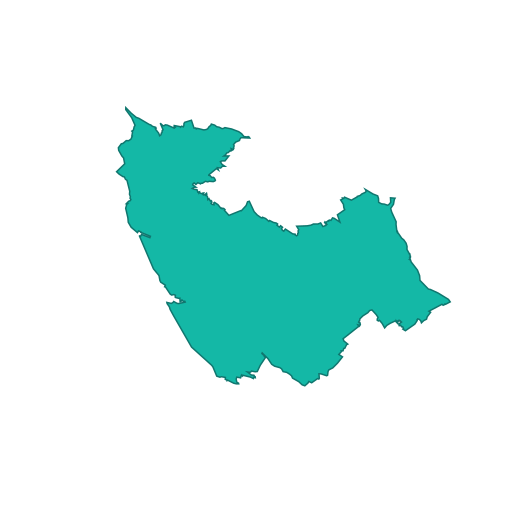 outline of Prunisor, Mehedinti, Romania, rotated 32°
{"feature_id": "2599482B58600020979646", "entity_name": "Prunisor", "entity_type": "district", "adm_level": 2, "iso_a3": "ROU", "parent_name": "Romania", "parent_adm1": "Mehedinti", "projection": "robinson", "projection_center": [22.902, 44.608], "detail": "fine", "context": "isolated", "style": "filled", "palette": "teal", "viewbox_px": 512, "rotation_deg": 32, "n_neighbors": 0, "source": "geoboundaries", "source_scale": "gbopen_adm2", "svg_char_len": 6142}
<svg xmlns="http://www.w3.org/2000/svg" viewBox="0 0 512 512"><g transform="rotate(32 256 256)"><path d="M286.4,378.7L289.6,377.9L290.6,376.7L294.4,375.2L295.3,376.9L296.9,376.6L297.5,377.1L297.8,376.3L304.5,375.7L307.2,374.8L309.1,373.6L308.6,373.1L306.6,373.2L304.4,370.9L303.9,368.9L307.5,367.5L306.9,365.2L307.3,365.1L307.1,364.6L308.2,364.9L308.1,364.1L315.3,361.7L318.7,361.3L318.4,360.2L319.9,359.6L319.2,358.8L317.9,359.4L318.5,358.8L317.4,358.2L315.2,359.4L310.2,358.9L312.2,358.0L313.0,357.2L313.1,356.0L316.7,354.6L318.3,353.3L317.5,346.4L317.8,337.1L316.3,336.7L316.4,336.3L312.7,335.6L312.6,334.9L320.5,336.7L326.7,339.5L330.1,339.6L335.6,338.0L337.6,338.2L340.3,339.7L343.7,338.4L347.3,338.4L349.7,338.8L351.7,340.2L358.9,339.9L363.4,340.8L366.2,340.2L367.4,336.2L367.3,334.4L370.4,334.0L373.2,327.3L374.5,327.1L374.5,326.2L371.8,322.5L373.6,321.5L379.4,320.1L379.9,319.2L378.3,315.8L378.1,314.0L380.4,310.2L381.9,303.7L382.8,295.7L378.4,295.6L379.2,291.3L378.7,291.1L380.0,290.3L379.4,287.9L380.2,287.2L379.8,283.2L380.5,282.1L375.6,281.5L373.7,280.0L380.2,261.8L380.7,261.2L378.9,260.4L380.9,259.8L380.8,258.8L379.4,257.4L378.8,257.9L378.0,257.7L378.0,255.5L377.4,254.2L378.4,250.1L380.9,244.8L381.3,242.0L382.9,240.3L389.0,242.0L392.1,243.4L392.2,245.2L392.9,246.3L394.3,246.2L394.8,245.1L398.6,246.3L403.2,248.8L403.7,245.5L405.5,241.9L408.5,237.3L411.0,237.9L409.9,236.8L411.3,237.2L410.5,236.2L411.1,235.1L411.8,235.5L412.0,234.5L414.4,234.9L413.4,237.4L413.8,238.7L414.4,239.2L415.3,238.1L417.0,238.9L417.9,238.3L419.5,239.3L419.3,240.2L422.3,240.2L426.8,229.6L426.9,225.3L426.3,224.7L426.5,223.6L428.2,223.2L430.1,223.7L431.7,225.0L432.5,221.9L434.1,219.2L433.4,216.8L433.9,211.2L431.9,211.2L439.3,198.4L440.8,198.6L441.8,197.1L441.7,196.5L442.4,196.4L445.0,192.0L442.2,190.8L430.1,190.9L421.5,192.0L419.8,192.7L408.0,189.8L405.2,186.0L400.4,182.4L390.7,178.8L389.3,177.6L388.2,177.6L388.6,177.1L387.3,176.2L387.8,175.6L387.2,174.5L386.8,174.7L386.1,173.4L385.2,173.2L385.1,172.6L384.4,172.6L380.6,170.5L379.0,167.8L376.5,165.6L372.8,164.0L370.1,163.7L364.4,161.2L363.9,161.4L363.1,160.3L362.4,159.9L362.3,160.3L358.0,155.0L356.7,152.7L347.9,146.9L345.0,144.3L345.2,139.3L343.4,134.9L343.3,133.3L339.2,135.4L341.8,139.1L341.4,142.0L340.7,143.2L337.3,144.0L334.9,145.2L331.6,145.5L329.4,142.3L327.3,140.5L322.5,141.4L313.4,141.6L315.1,142.5L315.0,144.0L312.8,147.4L312.3,149.4L310.3,151.8L310.5,152.2L307.3,158.1L299.9,159.2L299.9,160.5L298.6,161.0L299.3,161.5L298.1,163.6L302.7,165.8L305.0,168.6L306.7,169.7L303.2,177.9L309.2,182.8L302.4,182.6L300.7,183.1L300.7,186.1L299.5,186.4L298.9,187.2L299.1,187.8L298.6,187.7L297.6,190.1L298.2,190.9L296.4,190.5L296.5,191.4L299.3,191.6L298.6,193.0L299.0,193.2L297.1,195.6L293.3,193.7L291.6,196.0L287.7,198.5L286.3,200.7L283.4,203.3L274.7,209.2L278.3,211.0L278.4,212.5L279.7,213.8L279.4,214.6L280.2,216.2L279.7,217.4L277.6,217.3L278.2,216.5L275.3,217.8L266.6,217.6L266.4,220.2L264.7,220.2L263.1,219.2L263.3,217.6L260.8,217.3L260.6,219.1L257.5,218.8L257.4,217.4L255.8,217.3L253.0,218.3L248.7,218.7L248.5,219.8L244.3,219.1L241.0,219.7L241.0,220.5L239.6,220.8L235.4,220.6L230.9,219.4L221.3,213.1L220.1,214.5L220.9,218.4L219.6,225.4L219.0,225.6L211.5,235.9L205.0,234.0L205.1,233.1L203.6,232.8L202.5,233.1L202.2,233.9L201.2,233.6L200.8,234.1L196.4,232.6L192.4,232.5L192.1,233.3L193.2,234.8L191.3,235.5L189.9,235.2L190.1,233.8L189.2,232.9L188.4,232.8L188.3,233.5L187.7,233.5L185.7,232.3L185.3,233.7L183.6,231.6L182.3,230.9L181.6,231.2L181.7,229.9L180.8,229.0L180.2,231.1L179.4,231.9L178.7,232.0L178.3,230.2L177.4,231.0L177.5,231.7L175.1,232.3L174.5,231.8L174.3,232.5L174.0,231.8L174.0,232.7L173.7,232.7L173.7,231.8L172.8,232.7L170.8,231.0L168.2,232.2L166.1,232.5L167.3,230.3L168.5,229.5L164.6,229.2L164.3,228.2L164.8,226.8L167.1,227.2L167.8,224.7L170.8,224.2L170.8,223.5L172.1,222.6L173.5,219.5L175.8,218.7L176.8,217.4L180.3,215.6L181.4,214.1L181.4,213.2L179.4,212.0L178.0,211.9L176.9,212.9L174.6,212.2L173.2,212.6L173.0,212.1L176.1,202.9L178.6,203.0L176.5,201.5L179.4,200.1L180.0,197.7L182.0,196.4L178.6,196.3L175.8,194.9L176.6,193.5L179.3,191.8L179.9,186.3L180.0,185.5L175.8,188.2L176.6,186.2L176.5,184.2L177.7,182.9L178.1,180.8L178.5,180.7L178.4,180.1L179.4,179.8L179.6,179.1L178.1,178.1L179.0,177.9L179.3,178.6L179.9,178.6L180.3,177.9L180.1,176.3L179.5,175.9L179.1,174.2L177.9,173.4L178.4,170.2L180.8,166.8L180.4,166.0L180.6,163.6L188.2,159.3L187.3,158.8L186.0,158.9L185.5,159.7L182.5,161.1L179.0,159.9L175.5,159.7L168.0,161.2L161.6,163.6L160.6,165.3L159.6,166.0L156.5,166.3L154.2,167.2L151.6,166.9L148.2,167.8L148.4,169.3L147.7,171.1L147.6,173.8L146.7,175.2L145.0,176.7L138.7,178.8L138.0,179.9L137.1,179.3L135.7,180.4L129.3,175.1L124.7,180.4L124.7,181.8L125.7,183.6L125.9,185.0L124.2,185.3L123.7,186.7L123.4,186.4L117.5,188.7L118.0,189.7L119.3,189.7L118.9,190.9L111.4,192.0L109.6,192.8L109.0,194.2L108.1,194.8L104.4,194.1L110.3,198.2L110.0,199.4L110.9,201.1L110.6,201.9L111.2,203.5L110.6,205.1L108.3,203.4L103.9,201.8L103.0,201.1L103.5,200.5L102.7,200.0L99.5,200.9L97.4,200.6L95.8,201.0L83.7,201.3L80.9,201.9L74.4,201.0L67.0,199.2L68.0,200.9L77.3,204.6L84.2,209.3L84.2,211.0L85.3,214.2L84.5,215.9L85.6,216.2L87.1,220.0L87.6,219.9L88.0,223.2L86.9,225.7L84.8,226.9L83.6,230.9L82.3,232.2L81.9,237.1L83.6,239.2L89.3,242.3L91.7,243.0L95.8,247.4L93.1,258.4L96.4,259.1L101.1,259.2L102.5,258.7L104.6,260.1L106.5,260.2L114.6,268.0L116.0,270.7L118.0,272.2L118.6,273.8L119.9,274.3L120.1,275.6L119.0,277.0L118.3,280.4L119.3,279.9L119.0,280.6L120.2,284.6L127.1,291.5L129.8,295.1L134.9,297.8L143.1,299.0L143.1,296.9L145.8,296.6L145.9,297.0L156.0,295.2L156.3,296.7L147.5,298.4L147.7,300.7L146.1,300.5L175.8,321.2L184.1,324.0L187.5,327.7L189.1,328.7L194.6,328.8L194.8,330.5L195.8,330.3L203.5,333.8L205.2,333.8L206.7,332.3L208.5,332.0L209.2,333.7L209.9,333.8L213.1,332.8L213.8,332.1L215.8,334.9L216.5,334.2L216.1,333.6L216.5,332.5L218.2,333.0L219.6,332.1L220.4,332.6L215.7,337.3L214.1,338.0L210.3,338.2L210.3,339.3L209.3,341.1L205.0,342.6L205.9,343.5L209.4,345.0L211.5,346.8L217.7,350.3L249.6,367.4L276.5,372.2L278.4,373.0L286.4,378.7Z" fill="#14b8a6" stroke="#0f766e" stroke-width="1.5"/></g></svg>